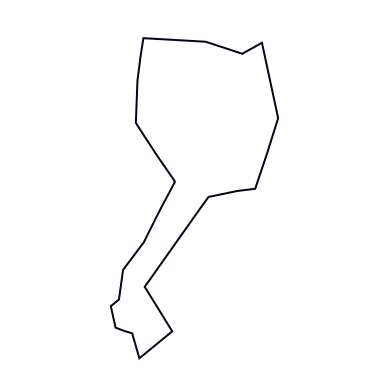 Tedzhen Sovkhoz, Ahal, Turkmenistan (Robinson projection), rotated 263°
{"feature_id": "10190150B68029188897987", "entity_name": "Tedzhen Sovkhoz", "entity_type": "district", "adm_level": 2, "iso_a3": "TKM", "parent_name": "Turkmenistan", "parent_adm1": "Ahal", "projection": "robinson", "projection_center": [61.206, 37.17], "detail": "fine", "context": "isolated", "style": "outline", "palette": "ink", "viewbox_px": 384, "rotation_deg": 263, "n_neighbors": 0, "source": "geoboundaries", "source_scale": "gbopen_adm2", "svg_char_len": 622}
<svg xmlns="http://www.w3.org/2000/svg" viewBox="0 0 384 384"><g transform="rotate(263 192 192)"><path d="M56.1,155.4L90.9,139.4L103.6,133.5L173.1,196.7L185.1,207.8L187.5,236.9L187.5,254.9L187.5,255.1L222.8,272.0L223.1,272.1L254.3,286.3L254.9,286.5L329.4,279.8L331.6,279.6L323.5,259.7L323.0,258.9L339.5,223.8L350.6,162.5L331.9,157.2L309.0,151.4L267.4,144.7L252.2,152.0L230.6,162.7L205.0,176.1L204.5,175.8L203.8,176.1L182.0,160.8L178.1,158.1L169.0,152.0L147.8,137.9L123.1,114.1L94.2,106.4L93.6,105.5L88.6,97.5L66.7,99.6L62.7,107.1L59.0,115.4L33.4,119.5L56.1,155.4Z" fill="none" stroke="#020617" stroke-width="2"/></g></svg>